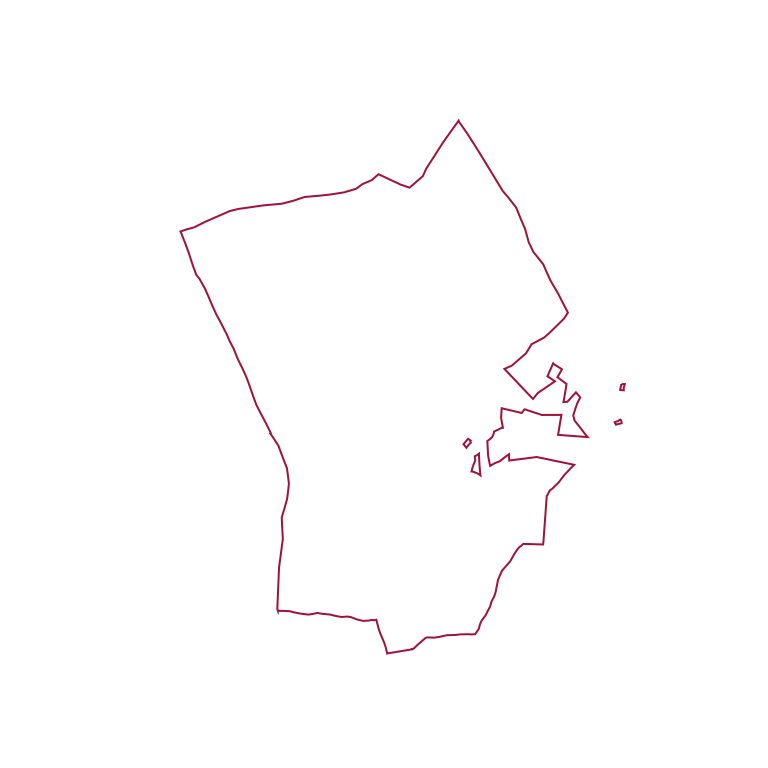 outline of Pegunungan Arfak, Papua Barat, Indonesia, rotated 49°
{"feature_id": "22746128B30560862468368", "entity_name": "Pegunungan Arfak", "entity_type": "district", "adm_level": 2, "iso_a3": "IDN", "parent_name": "Indonesia", "parent_adm1": "Papua Barat", "projection": "robinson", "projection_center": [133.846, -1.202], "detail": "fine", "context": "isolated", "style": "outline", "palette": "rose", "viewbox_px": 768, "rotation_deg": 49, "n_neighbors": 0, "source": "geoboundaries", "source_scale": "gbopen_adm2", "svg_char_len": 5041}
<svg xmlns="http://www.w3.org/2000/svg" viewBox="0 0 768 768"><g transform="rotate(49 384 384)"><path d="M234.2,154.9L240.3,180.5L249.2,210.9L252.6,218.3L252.6,226.1L252.6,235.1L252.6,235.9L248.6,238.2L244.3,240.7L240.2,242.5L222.1,250.5L222.1,259.4L219.0,269.1L218.4,276.8L215.7,282.9L213.9,286.8L213.5,287.9L206.1,299.7L199.4,309.4L190.8,321.2L189.7,323.7L186.5,331.6L181.0,342.7L174.3,352.0L170.0,358.0L156.5,378.8L152.2,387.1L147.9,401.0L146.0,407.0L144.2,412.8L141.2,424.6L137.5,432.2L135.4,437.6L135.7,437.7L137.5,438.2L147.1,441.6L156.6,445.2L169.1,450.5L178.3,454.0L180.6,454.1L184.0,454.3L189.4,455.5L192.0,456.0L194.7,456.6L203.4,459.3L204.9,459.8L212.2,462.2L214.3,462.8L221.6,464.9L222.4,465.1L231.2,467.1L243.8,470.2L245.8,470.9L249.8,472.2L258.7,474.3L266.7,477.1L268.7,477.8L278.5,480.4L281.7,481.3L288.3,483.3L294.5,485.6L297.8,486.9L303.0,489.0L309.3,491.5L314.7,493.5L315.9,494.0L322.0,495.5L323.5,495.9L334.8,498.5L346.7,501.6L346.7,501.9L346.7,502.3L350.9,502.7L361.4,504.2L373.3,508.7L383.9,512.5L387.1,514.6L396.8,521.1L401.7,526.4L407.3,532.7L413.3,541.9L417.6,548.7L423.5,553.4L434.8,562.2L438.8,566.8L446.5,575.5L453.9,583.9L455.9,585.7L457.5,587.3L460.5,590.1L484.0,612.3L484.7,612.6L486.0,613.1L485.6,612.6L485.4,612.3L486.8,611.6L489.3,608.7L493.5,604.3L496.7,602.2L500.8,599.0L503.5,596.8L504.1,596.3L508.4,592.3L509.9,590.2L511.2,587.9L513.1,584.5L517.8,580.6L518.9,579.5L521.1,577.4L522.7,575.9L525.9,573.7L526.9,573.0L532.1,568.8L535.5,564.2L538.5,561.7L539.7,561.2L540.7,560.6L543.9,558.9L549.2,555.1L551.5,552.0L552.7,550.5L553.9,548.2L555.6,546.7L556.9,544.4L560.5,546.3L561.2,546.6L565.2,548.6L566.2,549.1L570.8,550.8L572.1,551.2L575.4,552.3L579.2,553.5L584.2,555.6L589.5,558.4L589.6,558.1L593.7,551.5L594.9,549.5L598.0,544.5L602.7,536.8L602.6,536.7L602.4,536.6L603.1,535.6L603.1,534.4L603.1,533.0L602.9,529.9L602.9,526.1L602.9,522.7L602.9,519.4L603.1,518.6L603.3,518.0L606.1,514.9L608.4,512.5L610.7,508.9L611.7,507.1L612.8,505.1L614.9,501.3L620.0,495.1L622.9,490.8L624.2,489.3L625.9,487.2L628.6,484.1L630.7,481.9L631.8,480.3L632.1,480.0L632.3,479.8L632.6,479.4L632.0,476.8L630.9,472.9L629.2,470.5L628.2,469.0L626.5,465.2L625.8,461.8L625.7,461.2L625.3,459.3L624.0,456.2L623.3,454.4L623.0,453.6L622.6,452.6L621.5,449.7L619.8,447.3L619.6,447.1L619.1,446.4L616.6,440.2L616.0,439.1L614.3,436.3L610.1,430.9L606.5,426.3L604.4,421.8L602.3,417.5L600.6,405.1L600.2,403.9L597.4,396.0L596.9,393.9L596.4,392.2L595.9,389.0L596.1,386.5L596.1,385.2L596.0,383.9L599.7,379.8L609.5,369.2L607.3,366.8L605.4,364.9L600.9,360.4L598.0,357.5L597.9,357.4L588.6,348.0L586.9,346.3L584.0,343.4L575.3,334.7L575.2,334.0L575.1,333.8L575.1,333.7L574.2,331.5L573.7,330.2L573.4,329.3L573.1,328.5L573.4,326.1L573.1,321.4L572.9,316.9L571.0,307.9L570.1,298.6L570.0,297.7L569.7,293.5L551.8,307.2L551.7,307.2L539.5,316.5L539.4,316.5L523.9,339.7L519.0,335.7L518.5,341.3L518.3,347.1L516.4,352.5L515.4,357.6L510.4,354.8L506.5,352.5L503.4,350.1L494.8,343.4L494.9,342.5L495.0,341.7L495.1,339.5L495.0,337.3L494.3,335.4L493.4,334.0L493.2,333.6L492.4,332.5L492.1,332.2L493.3,327.8L494.2,324.2L495.1,323.0L490.8,320.5L487.3,318.4L486.3,317.8L479.5,311.1L485.8,306.6L491.9,302.2L496.2,299.1L495.6,296.0L495.3,294.5L511.1,285.1L512.6,283.2L521.8,272.6L523.6,270.3L536.6,286.0L557.7,265.1L553.8,265.1L545.4,264.5L542.2,264.4L536.7,264.2L531.9,261.8L531.2,260.8L529.0,257.1L528.7,256.7L525.6,251.3L524.9,249.7L523.8,247.0L522.9,244.7L516.2,244.6L517.7,257.3L515.4,260.4L508.2,251.6L506.5,249.5L505.6,248.5L504.5,247.2L503.7,246.2L496.6,247.8L494.4,248.2L492.6,248.6L489.7,240.0L480.3,242.8L479.4,242.8L483.0,250.5L484.8,254.3L485.4,255.6L494.1,253.2L494.1,253.3L492.8,264.4L491.7,273.8L493.0,281.4L451.6,283.2L454.0,275.6L454.0,266.2L454.0,265.5L454.0,256.7L450.8,246.5L451.0,245.6L452.7,238.5L454.0,232.6L454.0,230.9L454.0,230.7L454.0,226.1L453.4,215.5L453.4,215.2L452.8,206.1L452.7,205.0L451.7,201.4L450.9,198.8L450.8,198.4L444.7,196.9L440.1,195.8L437.7,195.2L430.2,193.3L429.0,193.1L428.9,193.1L424.8,192.3L417.7,191.0L414.8,190.4L403.9,187.1L398.1,185.3L394.1,185.1L389.8,184.9L382.0,184.6L377.6,183.3L371.7,181.7L368.9,180.3L365.6,178.7L359.5,175.8L350.5,172.9L350.3,172.9L348.0,172.1L337.6,168.5L325.5,167.9L323.4,167.8L318.3,167.8L316.4,167.8L301.2,165.2L299.6,164.9L276.0,160.9L274.0,160.6L273.9,160.5L262.8,158.8L252.7,157.3L250.1,156.9L243.3,156.2L235.3,155.4L234.2,154.9ZM508.1,374.6L507.4,375.4L504.9,371.7L504.5,371.0L502.6,367.4L501.6,365.4L498.1,363.0L498.8,360.0L498.9,358.0L500.1,359.1L503.8,362.0L507.2,364.6L507.8,365.1L515.5,370.7L516.3,371.2L513.4,371.9L510.8,373.1L508.4,374.5L508.1,374.6ZM485.8,362.3L486.2,363.6L481.6,363.5L480.5,356.5L483.5,355.7L483.6,356.3L485.2,356.9L485.3,358.5L485.8,362.3ZM564.2,235.0L566.9,235.6L567.3,234.5L568.2,232.9L569.5,230.4L568.6,229.7L567.4,229.1L566.5,229.0L565.8,229.1L565.6,231.3L565.0,232.8L564.2,235.0ZM542.1,208.0L543.4,209.7L546.1,207.2L544.6,206.0L544.2,205.6L542.0,202.3L540.7,203.8L540.3,205.7L540.8,206.2L542.0,207.9L542.1,208.0Z" fill="none" stroke="#9f1239" stroke-width="2"/></g></svg>